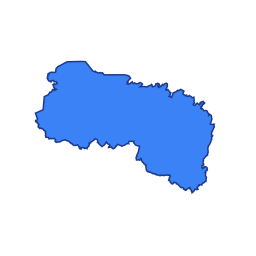 Claremorris Lea-6, Mayo, Ireland, rotated 64°
{"feature_id": "5873133B40533987579120", "entity_name": "Claremorris Lea-6", "entity_type": "district", "adm_level": 2, "iso_a3": "IRL", "parent_name": "Ireland", "parent_adm1": "Mayo", "projection": "mercator", "projection_center": [-9.004, 53.656], "detail": "fine", "context": "isolated", "style": "filled", "palette": "blue", "viewbox_px": 256, "rotation_deg": 64, "n_neighbors": 0, "source": "geoboundaries", "source_scale": "gbopen_adm2", "svg_char_len": 5837}
<svg xmlns="http://www.w3.org/2000/svg" viewBox="0 0 256 256"><g transform="rotate(64 128 128)"><path d="M180.7,124.5L180.6,124.1L181.2,123.5L181.9,123.6L182.3,122.8L183.1,122.5L183.4,121.4L184.9,120.2L184.9,119.3L185.2,119.0L185.0,118.4L186.2,117.2L186.2,116.8L186.6,116.4L186.6,115.3L187.0,115.0L187.2,113.7L188.1,112.7L188.1,112.0L188.5,111.9L188.9,110.9L190.2,111.1L190.5,112.5L191.8,113.0L192.1,113.9L192.6,114.0L192.9,114.4L194.0,113.5L195.2,113.8L197.2,113.2L197.9,112.3L196.8,110.5L197.6,110.2L198.0,108.9L199.5,108.9L200.5,107.7L201.1,107.8L205.0,106.4L205.1,105.5L205.7,104.9L206.6,104.5L207.2,104.9L208.1,103.9L209.1,103.9L209.3,103.1L208.9,103.0L208.6,99.3L208.7,98.5L209.9,99.0L210.5,98.4L214.2,98.8L213.7,97.8L214.0,97.5L213.3,95.9L212.3,94.5L213.4,93.5L213.8,92.0L211.8,92.0L211.2,90.3L210.4,89.6L210.9,89.1L210.3,88.6L210.4,88.3L211.6,86.7L210.4,85.4L210.5,84.1L210.0,82.6L210.2,81.4L206.5,79.1L204.7,79.3L203.2,78.3L201.9,78.3L201.6,78.1L201.9,77.5L200.7,76.8L200.6,76.1L200.8,75.6L199.8,74.7L198.3,74.4L197.3,74.8L196.0,76.4L196.7,76.9L196.9,77.6L196.7,77.7L197.2,78.7L196.1,78.9L194.5,78.3L194.3,76.6L193.8,75.8L192.4,75.9L191.2,75.4L190.3,74.4L189.1,74.0L187.2,69.5L187.4,69.0L187.3,68.4L185.5,67.5L185.4,67.0L184.8,66.5L181.8,65.4L180.2,64.5L177.0,59.9L175.4,58.6L175.1,57.9L172.5,56.7L172.6,55.9L171.9,55.2L170.7,56.0L169.1,54.9L168.1,54.7L167.9,53.5L166.0,51.6L165.1,50.2L164.4,49.8L163.8,50.0L162.4,48.8L162.1,49.1L161.8,50.8L160.6,52.3L156.8,48.7L153.1,47.7L152.0,48.3L151.8,48.7L152.0,50.0L151.6,49.8L151.1,48.9L149.2,49.6L147.3,49.5L146.5,50.2L145.7,52.1L144.9,52.5L143.3,52.6L143.0,53.2L143.0,53.7L142.2,54.0L141.9,53.5L141.0,53.3L140.8,52.8L141.2,52.7L140.6,52.3L140.4,51.8L140.6,51.5L139.8,51.2L140.0,51.0L139.3,50.2L139.7,49.7L139.4,49.3L139.5,48.7L139.2,48.1L138.8,48.1L138.4,48.7L137.1,48.7L136.8,49.7L136.8,50.2L137.1,50.5L137.0,51.4L136.7,51.7L137.0,52.3L137.7,52.2L138.4,53.6L136.0,54.9L136.0,55.8L136.4,56.3L136.9,57.8L136.7,58.6L135.6,59.2L134.8,58.4L135.0,58.1L134.6,57.2L132.9,57.1L132.4,56.5L129.2,55.3L128.9,56.7L128.5,57.3L127.3,57.5L126.5,58.4L125.7,58.6L126.0,60.0L125.5,60.9L124.2,60.9L124.3,62.2L123.4,62.4L121.9,63.8L121.1,63.4L119.3,61.6L117.7,62.6L116.9,63.6L116.4,63.6L116.6,66.1L115.9,66.7L116.4,67.9L116.2,68.0L116.5,69.6L116.2,71.9L119.6,75.5L118.3,76.4L117.6,77.3L117.0,75.8L116.0,75.3L116.1,75.0L115.1,74.0L113.9,74.7L110.9,75.3L110.7,77.2L110.4,77.3L107.7,74.3L105.7,73.4L104.7,73.6L104.4,74.5L104.5,75.4L104.3,76.2L104.8,76.8L104.9,77.8L104.0,78.1L105.2,79.8L105.1,80.4L104.5,80.6L105.0,81.8L105.0,82.4L104.5,82.5L104.7,82.8L103.4,82.8L103.1,81.2L102.7,80.8L101.8,81.4L101.6,81.0L100.8,81.7L100.9,82.7L100.5,83.5L101.2,83.9L101.5,84.6L102.2,85.2L101.9,87.6L101.2,88.1L100.1,87.5L99.1,87.8L99.4,88.6L99.4,90.5L99.1,91.3L99.4,92.9L97.9,95.2L96.2,99.0L95.7,97.0L94.9,95.7L93.6,96.2L92.4,97.2L92.5,100.0L91.9,100.7L91.8,101.3L90.7,102.2L90.6,102.7L90.4,102.6L90.4,103.7L90.2,103.9L88.3,104.0L88.7,106.2L89.1,106.8L88.5,107.9L88.8,108.5L88.4,109.3L87.9,109.5L86.6,108.6L86.8,107.8L86.3,107.6L85.9,107.9L85.2,105.9L84.8,105.6L84.9,105.0L84.4,103.8L81.5,104.4L80.7,105.7L80.0,105.9L79.5,107.0L78.8,107.5L69.8,126.1L67.2,126.7L66.8,128.0L66.0,128.8L65.6,130.4L64.2,131.8L62.8,132.5L63.3,132.8L62.3,133.8L61.5,134.6L49.7,137.2L47.7,140.8L41.8,153.7L42.1,164.2L43.2,166.7L46.0,168.6L45.7,170.1L44.5,171.9L44.0,173.6L44.2,174.4L44.1,175.8L44.4,176.2L45.0,176.1L44.8,176.4L46.9,178.1L47.9,178.2L47.9,178.8L51.0,178.6L51.6,177.6L52.3,177.6L52.8,177.0L52.0,176.3L52.5,174.4L52.8,174.5L52.9,174.1L53.3,174.0L54.0,174.1L55.0,172.1L56.1,172.4L56.9,172.1L56.8,174.7L56.6,175.1L55.9,175.0L56.0,176.4L58.8,176.8L60.7,176.2L61.8,175.3L61.9,177.8L60.8,177.5L60.8,178.4L60.5,178.5L60.9,179.6L62.2,181.3L61.5,182.5L63.2,185.1L63.1,189.5L74.4,196.3L74.1,204.7L80.3,205.4L81.2,206.8L80.7,207.6L81.1,208.1L82.3,208.0L82.6,207.3L83.2,206.8L84.0,207.4L85.6,206.6L86.2,206.8L86.6,207.7L88.2,208.3L88.6,207.8L90.0,207.4L89.9,206.3L90.7,205.9L91.4,204.9L93.4,204.6L94.3,203.6L95.1,203.6L95.4,204.1L96.3,204.5L97.3,204.3L98.5,205.5L100.2,205.9L101.7,203.7L103.0,203.9L103.5,202.8L103.4,202.2L104.1,201.5L104.5,200.3L104.9,199.9L105.2,198.6L107.1,198.2L107.8,199.4L109.5,198.8L109.6,197.3L110.3,196.5L110.3,195.7L110.6,195.2L110.4,191.8L110.9,190.8L111.0,189.6L111.4,189.1L111.9,189.2L114.1,186.9L115.7,186.5L115.9,186.1L116.5,186.1L116.8,185.6L117.2,185.7L117.6,185.1L118.5,185.2L120.1,184.1L120.9,182.1L121.0,180.7L122.4,180.3L124.0,180.4L124.1,180.1L124.3,180.3L124.6,180.0L124.7,180.4L125.3,180.6L125.9,180.0L125.8,179.7L126.3,179.2L125.4,178.4L125.7,178.0L125.6,177.5L126.2,176.6L126.8,176.4L126.8,175.9L127.5,175.8L127.5,175.1L128.6,173.8L127.7,173.5L127.2,171.2L126.6,171.0L126.0,170.0L124.7,169.7L124.4,169.4L125.1,168.2L124.3,167.5L124.4,166.6L123.7,163.0L123.2,162.8L124.4,161.1L125.0,160.7L125.9,160.8L127.6,161.7L127.7,161.1L129.1,161.2L133.3,159.6L132.8,156.6L131.9,154.6L131.1,154.1L131.1,153.5L133.3,153.2L134.8,151.8L135.2,151.7L135.5,151.8L136.4,153.5L137.0,154.0L137.7,151.3L138.6,151.4L139.1,150.7L140.2,150.5L140.2,149.7L140.1,148.5L139.4,147.1L138.9,146.8L139.1,145.9L138.6,145.5L138.1,144.6L140.6,142.2L141.6,141.7L141.8,140.8L141.7,139.8L142.0,138.1L141.5,136.2L142.4,134.2L141.6,134.3L140.5,133.1L142.5,128.6L143.6,129.2L144.6,129.2L146.8,128.5L148.4,127.0L148.9,125.9L149.9,125.8L150.0,126.2L150.9,126.3L151.2,127.0L154.4,129.5L156.6,132.3L157.5,132.6L157.8,133.6L160.5,134.4L161.1,133.0L161.2,132.1L162.1,131.5L161.7,130.7L160.8,129.9L161.0,129.7L163.0,130.0L165.3,129.9L166.0,129.3L167.0,129.4L167.7,128.6L168.8,128.8L169.2,128.1L169.6,128.1L170.7,129.0L171.6,129.0L172.7,129.6L173.7,129.9L175.7,129.7L176.1,128.9L176.9,128.3L176.9,127.7L177.3,127.8L177.7,127.1L178.7,126.6L179.9,125.2L180.2,125.3L180.2,125.0L180.7,124.5Z" fill="#3b82f6" stroke="#1e3a8a" stroke-width="1.5"/></g></svg>